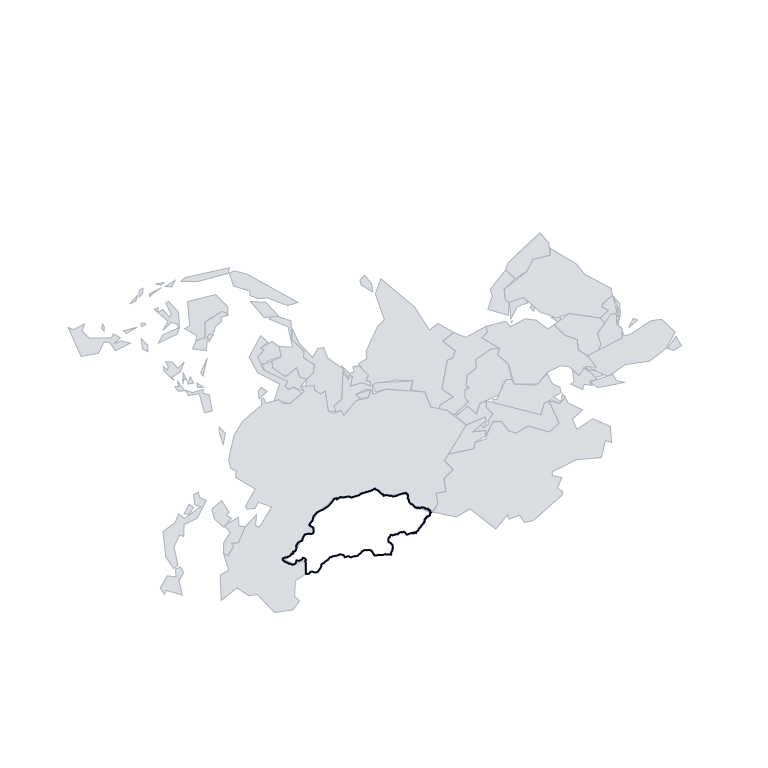 Asia, with Mongolia highlighted, rotated 156°
{"feature_id": "MNG", "entity_name": "Mongolia", "entity_type": "country or territory", "adm_level": 0, "iso_a3": "MNG", "parent_name": "Asia", "parent_adm1": "", "projection": "mercator", "projection_center": [102.872, 46.856], "detail": "fine", "context": "in_parent", "style": "outline", "palette": "ink", "viewbox_px": 768, "rotation_deg": 156, "n_neighbors": 45, "source": "natural_earth", "source_scale": "50m", "svg_char_len": 18769}
<svg xmlns="http://www.w3.org/2000/svg" viewBox="0 0 768 768"><g transform="rotate(156 384 384)"><path d="M391.4,247.2L383.7,252.7L380.8,263.1L371.3,260.8L367.8,273.3L355.8,277.5L360.1,289.2L357.2,294.6L328.1,288.4L324.6,293.6L313.5,292.3L301.3,305.4L292.0,302.2L289.1,290.4L283.3,285.5L269.4,287.0L252.5,273.0L240.1,277.0L240.3,301.3L231.2,294.8L223.6,298.3L223.6,291.7L213.1,279.6L226.2,275.2L226.2,264.2L207.3,267.3L194.6,253.2L199.8,237.9L204.8,242.3L215.3,228.4L239.1,236.6L266.2,235.3L267.4,231.7L259.6,226.3L267.9,218.3L264.4,212.8L266.6,210.0L303.3,198.5L312.0,200.3L313.5,208.9L324.7,209.7L324.3,214.2L341.0,206.0L356.1,234.8L372.2,233.2L391.4,247.2Z" fill="#d9dde1" stroke="#a8b0b8" stroke-width="1"/><path d="M240.3,301.3L240.1,277.0L252.5,273.0L269.4,287.0L283.3,285.5L289.1,290.4L292.0,302.2L299.5,305.5L312.5,295.2L309.9,300.0L322.5,304.2L316.4,308.7L310.7,308.3L311.0,303.6L304.6,305.0L300.8,312.6L296.8,312.3L300.1,321.1L297.4,327.2L253.1,292.0L245.7,301.2L240.3,301.3Z" fill="#d9dde1" stroke="#a8b0b8" stroke-width="1"/><path d="M649.5,532.5L649.6,564.0L645.3,560.0L633.2,560.6L638.2,555.3L634.7,545.9L614.2,537.0L610.9,539.8L606.1,533.5L614.3,530.6L607.3,530.6L599.0,524.5L615.7,523.7L617.8,533.3L622.8,536.2L632.3,528.2L649.5,532.5ZM572.3,562.9L569.8,569.0L565.1,569.5L567.6,564.9L572.3,562.9ZM616.8,553.2L616.3,549.6L618.2,546.2L619.3,549.9L616.8,553.2ZM538.2,500.0L535.5,504.4L543.6,515.6L537.9,516.2L529.9,539.3L501.4,534.1L495.3,518.0L498.7,510.3L502.8,516.2L518.6,514.1L522.5,513.1L528.5,499.2L538.2,500.0ZM586.4,536.3L598.8,534.9L600.5,538.5L586.4,536.3ZM581.5,538.2L578.2,537.3L577.2,535.3L582.1,535.0L581.5,538.2ZM586.6,509.5L590.2,514.5L587.4,524.3L584.0,515.1L586.6,509.5ZM552.7,513.7L573.6,513.1L566.1,518.8L549.3,518.8L548.6,522.5L552.9,526.7L564.5,522.9L555.7,529.1L563.6,545.7L559.2,545.4L561.5,541.5L555.6,542.0L553.1,532.6L549.9,534.1L550.5,546.6L547.4,547.3L542.5,533.4L547.6,519.2L552.7,513.7ZM552.1,568.2L543.4,566.2L547.9,565.2L552.1,568.2ZM548.0,562.5L558.1,560.8L562.4,559.0L561.7,561.7L548.0,562.5ZM538.3,559.0L544.2,562.0L532.7,563.6L538.3,559.0ZM481.3,548.4L512.9,553.5L527.7,560.4L522.3,562.2L478.0,553.0L481.3,548.4ZM468.7,523.4L481.6,534.7L480.2,548.2L474.8,548.3L464.6,540.3L429.5,493.6L440.1,494.7L455.3,509.9L464.2,513.2L470.6,519.5L468.7,523.4Z" fill="#d9dde1" stroke="#a8b0b8" stroke-width="1"/><path d="M572.9,565.4L577.0,560.7L583.7,560.5L572.9,565.4Z" fill="#d9dde1" stroke="#a8b0b8" stroke-width="1"/><path d="M143.4,350.0L139.3,358.1L139.1,371.3L135.9,361.7L139.9,351.1L143.4,350.0Z" fill="#d9dde1" stroke="#a8b0b8" stroke-width="1"/><path d="M147.2,344.6L140.0,351.1L146.4,342.4L147.2,344.6Z" fill="#d9dde1" stroke="#a8b0b8" stroke-width="1"/><path d="M142.1,355.1L139.1,361.0L140.3,354.3L142.1,355.1Z" fill="#d9dde1" stroke="#a8b0b8" stroke-width="1"/><path d="M142.1,355.1L157.7,349.4L159.6,356.4L149.1,360.1L153.9,365.7L144.6,373.0L139.1,371.3L142.1,355.1Z" fill="#d9dde1" stroke="#a8b0b8" stroke-width="1"/><path d="M219.2,399.7L230.9,400.3L241.7,391.9L235.7,408.8L221.2,406.2L219.2,399.7Z" fill="#d9dde1" stroke="#a8b0b8" stroke-width="1"/><path d="M215.5,397.0L215.2,393.1L217.8,389.7L219.3,394.5L215.5,397.0Z" fill="#d9dde1" stroke="#a8b0b8" stroke-width="1"/><path d="M198.6,368.2L204.0,376.5L195.1,373.5L198.6,368.2Z" fill="#d9dde1" stroke="#a8b0b8" stroke-width="1"/><path d="M159.6,356.4L157.7,349.4L168.3,343.4L169.7,331.9L176.9,325.8L186.4,327.1L192.7,336.0L189.5,346.0L198.8,354.6L204.7,368.9L186.1,373.1L159.6,356.4Z" fill="#d9dde1" stroke="#a8b0b8" stroke-width="1"/><path d="M236.7,407.7L242.4,396.1L258.8,409.8L249.3,420.5L248.6,427.1L226.6,438.7L221.2,426.8L235.7,421.7L238.9,411.4L236.7,407.7ZM242.8,388.7L240.8,390.0L242.2,388.2L242.8,388.7Z" fill="#d9dde1" stroke="#a8b0b8" stroke-width="1"/><path d="M464.6,460.9L466.6,450.8L481.3,452.5L483.4,449.1L488.8,454.2L488.2,460.1L480.1,463.9L482.3,466.9L469.0,468.5L464.6,460.9Z" fill="#d9dde1" stroke="#a8b0b8" stroke-width="1"/><path d="M477.3,450.6L466.6,450.8L464.6,460.9L452.6,454.9L448.4,475.3L462.5,490.0L457.7,492.5L443.3,479.6L450.2,462.3L443.5,446.3L446.9,441.1L439.6,429.6L443.8,423.2L452.7,419.6L458.3,424.5L457.3,434.4L467.6,430.3L474.9,434.8L479.1,444.1L477.3,450.6Z" fill="#d9dde1" stroke="#a8b0b8" stroke-width="1"/><path d="M487.7,450.9L477.3,450.6L479.1,444.1L471.2,430.7L457.3,434.4L458.3,424.5L452.7,419.6L460.9,415.7L460.1,409.7L467.6,417.8L473.5,417.8L475.4,422.3L470.9,425.5L487.4,442.4L487.7,450.9Z" fill="#d9dde1" stroke="#a8b0b8" stroke-width="1"/><path d="M452.7,419.6L443.8,423.2L439.6,429.6L446.9,441.1L443.5,446.3L450.2,462.3L445.2,471.9L445.0,456.3L438.5,437.3L429.9,443.4L424.2,441.8L424.9,430.8L415.1,414.1L428.7,387.2L438.4,384.5L439.3,378.1L445.8,382.2L440.7,401.5L445.7,400.6L449.9,406.5L448.5,410.8L457.7,412.2L452.7,419.6Z" fill="#d9dde1" stroke="#a8b0b8" stroke-width="1"/><path d="M473.0,469.2L482.3,466.9L480.1,463.9L488.2,460.1L488.6,445.9L470.9,425.5L475.4,422.3L473.5,417.8L467.6,417.8L462.6,409.0L477.8,404.4L490.9,413.7L479.4,426.5L494.9,445.6L496.4,463.4L477.0,478.4L473.0,469.2Z" fill="#d9dde1" stroke="#a8b0b8" stroke-width="1"/><path d="M599.6,294.3L595.1,304.1L584.7,311.2L587.9,319.8L571.1,321.4L574.3,313.5L568.9,310.1L572.9,306.0L581.5,298.1L587.9,300.3L587.2,296.9L596.5,290.5L599.6,294.3Z" fill="#d9dde1" stroke="#a8b0b8" stroke-width="1"/><path d="M578.1,323.5L588.6,318.3L593.9,329.4L592.2,339.5L579.6,343.6L577.8,329.7L581.4,328.7L578.1,323.5Z" fill="#d9dde1" stroke="#a8b0b8" stroke-width="1"/><path d="M439.3,378.1L438.4,384.5L428.7,387.2L416.9,411.2L414.4,402.9L412.3,406.3L409.6,403.6L415.5,395.8L403.7,394.2L397.1,387.9L395.5,391.6L398.9,394.4L394.8,398.3L397.8,399.7L398.7,413.0L389.5,414.0L387.2,420.9L366.5,439.2L357.5,442.5L355.3,469.8L344.1,481.5L324.8,442.0L320.5,414.7L310.1,417.2L299.1,402.6L312.9,399.1L305.5,385.3L310.8,379.6L316.4,380.0L333.1,355.8L325.9,344.0L340.9,342.0L345.5,337.1L350.7,343.9L349.9,360.0L361.3,367.5L356.4,375.2L371.8,383.0L394.7,388.1L398.0,379.1L398.5,384.4L402.8,386.5L413.8,385.8L412.2,380.8L433.5,371.6L434.1,377.3L439.3,378.1Z" fill="#d9dde1" stroke="#a8b0b8" stroke-width="1"/><path d="M414.4,402.9L415.5,418.3L410.9,407.4L406.5,407.2L405.4,412.3L399.4,411.1L394.8,398.3L398.9,394.4L395.5,391.6L397.1,387.9L403.7,394.2L415.5,395.8L409.6,403.6L412.3,406.3L414.4,402.9Z" fill="#d9dde1" stroke="#a8b0b8" stroke-width="1"/><path d="M412.2,380.8L413.8,385.8L398.5,384.4L404.1,377.9L412.2,380.8Z" fill="#d9dde1" stroke="#a8b0b8" stroke-width="1"/><path d="M395.0,380.2L394.7,388.1L390.7,388.2L356.4,375.2L363.3,366.2L384.0,378.4L395.0,380.2Z" fill="#d9dde1" stroke="#a8b0b8" stroke-width="1"/><path d="M345.5,337.1L340.9,342.0L325.9,344.0L333.1,355.8L316.4,380.0L310.8,379.6L305.5,385.3L312.9,399.1L299.1,402.6L290.4,393.4L266.9,395.2L268.7,389.0L275.7,386.3L263.9,369.5L272.0,372.3L290.3,369.1L293.1,361.2L304.5,357.9L316.7,331.0L332.7,327.3L337.6,334.7L345.5,337.1Z" fill="#d9dde1" stroke="#a8b0b8" stroke-width="1"/><path d="M282.6,327.4L304.0,327.2L311.7,319.0L316.7,329.7L323.5,325.1L332.7,327.3L313.9,333.6L315.6,339.1L312.1,345.9L307.5,345.7L309.4,349.5L304.5,357.9L293.1,361.2L290.3,369.1L272.0,372.3L263.9,369.5L268.3,364.4L262.3,351.7L265.5,336.1L274.1,337.6L282.6,327.4Z" fill="#d9dde1" stroke="#a8b0b8" stroke-width="1"/><path d="M297.4,327.2L300.1,321.1L296.8,312.3L311.0,303.6L312.7,308.1L305.3,312.6L325.5,313.2L331.8,325.5L316.7,329.7L311.7,319.0L304.0,327.2L297.4,327.2Z" fill="#d9dde1" stroke="#a8b0b8" stroke-width="1"/><path d="M312.5,295.2L324.6,293.6L328.1,288.4L357.2,294.6L325.5,313.2L305.3,312.6L305.7,309.0L322.5,304.2L309.9,300.0L312.5,295.2Z" fill="#d9dde1" stroke="#a8b0b8" stroke-width="1"/><path d="M223.6,298.3L231.2,294.8L237.8,301.6L245.7,301.2L253.1,292.0L291.2,322.2L291.1,325.9L287.4,324.1L270.4,338.4L265.5,336.1L265.1,331.1L246.9,321.8L230.5,326.9L230.3,316.2L224.6,309.4L225.6,304.1L234.4,303.6L229.5,296.1L225.1,302.4L223.6,298.3Z" fill="#d9dde1" stroke="#a8b0b8" stroke-width="1"/><path d="M204.7,368.9L198.8,354.6L189.5,346.0L192.7,336.0L183.8,322.2L183.3,313.2L193.0,317.5L202.3,312.3L207.8,324.6L215.7,328.9L230.0,328.3L243.5,321.3L265.1,331.1L262.3,351.7L268.3,364.4L263.9,369.5L275.7,386.3L268.7,389.0L266.9,395.2L247.2,391.7L245.1,385.1L228.4,386.0L218.9,380.3L212.2,367.7L204.7,368.9Z" fill="#d9dde1" stroke="#a8b0b8" stroke-width="1"/><path d="M142.9,353.3L147.2,344.6L143.8,337.6L147.8,329.2L174.8,326.7L169.7,331.9L168.3,343.4L148.3,355.5L142.9,353.3Z" fill="#d9dde1" stroke="#a8b0b8" stroke-width="1"/><path d="M194.8,317.3L181.1,308.0L180.7,302.7L190.2,304.5L194.8,317.3Z" fill="#d9dde1" stroke="#a8b0b8" stroke-width="1"/><path d="M186.4,327.1L147.8,329.2L145.0,335.1L145.0,330.2L138.1,329.3L113.9,333.2L104.0,330.1L96.9,313.0L111.7,301.9L132.3,296.8L155.5,303.6L176.1,299.6L186.6,311.4L183.3,313.2L186.4,327.1ZM96.7,298.0L105.7,296.8L110.5,301.4L97.8,308.7L96.7,298.0Z" fill="#d9dde1" stroke="#a8b0b8" stroke-width="1"/><path d="M364.6,483.7L363.8,488.7L357.6,491.2L354.5,480.4L356.7,472.5L364.6,483.7Z" fill="#d9dde1" stroke="#a8b0b8" stroke-width="1"/><path d="M497.8,430.9L493.7,424.9L504.1,421.3L501.9,428.4L497.8,430.9ZM325.5,313.2L360.1,289.2L355.8,277.5L367.8,273.3L371.3,260.8L380.8,263.1L383.7,252.7L393.2,246.6L408.7,263.9L408.6,275.0L429.6,282.1L434.6,292.2L456.2,292.6L476.1,299.5L496.7,293.5L509.1,285.4L506.8,280.7L509.3,276.3L517.0,278.3L536.0,265.4L546.8,265.3L539.1,255.5L526.7,255.0L532.4,242.2L545.0,240.3L552.0,226.3L549.3,220.1L559.2,214.7L577.0,219.8L585.3,243.1L593.6,245.5L601.3,257.5L620.7,252.5L611.4,276.0L601.5,277.2L599.6,294.3L596.5,290.5L587.2,296.9L587.9,300.3L581.5,298.1L568.9,310.1L553.5,316.5L558.8,307.0L556.3,303.7L536.5,317.5L547.0,327.1L552.4,322.8L559.8,325.3L560.5,328.5L544.3,340.5L557.6,359.0L554.5,364.8L558.5,369.5L556.5,378.3L541.9,398.1L528.6,407.3L504.1,414.5L502.4,420.0L499.8,420.3L499.6,414.5L486.1,412.4L484.5,407.3L477.8,404.4L460.1,409.7L460.9,415.7L448.5,410.8L449.9,406.5L445.7,400.6L440.7,401.5L445.8,382.2L442.1,377.7L434.1,377.3L433.5,371.6L416.1,380.1L404.1,377.9L398.4,383.3L398.0,379.1L384.0,378.4L349.9,360.0L350.7,343.9L337.6,334.7L325.5,313.2Z" fill="#d9dde1" stroke="#a8b0b8" stroke-width="1"/><path d="M555.6,394.1L554.1,407.3L552.0,411.6L548.9,403.3L555.6,394.1Z" fill="#d9dde1" stroke="#a8b0b8" stroke-width="1"/><path d="M194.3,297.8L201.1,302.3L204.8,298.1L213.5,308.0L209.5,308.5L206.2,320.1L202.3,312.3L194.8,317.3L190.5,310.3L187.4,301.7L194.8,302.9L194.3,297.8ZM193.0,317.5L189.7,316.7L186.6,311.4L191.1,312.9L193.0,317.5Z" fill="#d9dde1" stroke="#a8b0b8" stroke-width="1"/><path d="M163.3,287.5L189.8,293.6L195.4,302.1L171.0,299.9L170.5,292.7L163.3,287.5Z" fill="#d9dde1" stroke="#a8b0b8" stroke-width="1"/><path d="M554.5,460.8L550.0,454.6L555.8,456.5L554.5,460.8ZM562.8,476.4L562.6,467.3L564.5,470.3L568.0,465.6L562.8,476.4ZM574.5,472.8L579.9,485.3L578.2,489.7L576.5,484.8L574.2,487.2L574.4,493.1L568.7,490.3L565.8,482.1L557.6,485.3L565.2,478.0L574.7,476.5L574.5,472.8ZM546.9,468.9L534.8,479.6L546.1,464.9L546.9,468.9ZM559.7,430.7L556.7,450.3L567.4,453.0L568.0,459.1L562.5,454.1L551.4,452.6L553.2,449.3L548.0,444.9L551.9,429.3L559.7,430.7ZM558.0,469.4L557.5,462.3L563.4,463.8L558.0,469.4ZM574.9,461.0L576.2,466.5L572.5,465.2L571.5,470.9L568.9,459.0L574.9,461.0Z" fill="#d9dde1" stroke="#a8b0b8" stroke-width="1"/><path d="M452.6,488.8L466.4,493.3L472.5,513.7L458.9,506.7L452.6,488.8ZM538.2,500.0L528.5,499.2L522.5,513.1L502.8,516.2L499.5,513.5L498.7,510.3L505.9,511.1L506.9,507.0L514.7,505.0L520.5,498.2L526.0,499.2L532.7,486.6L544.5,493.9L538.2,500.0Z" fill="#d9dde1" stroke="#a8b0b8" stroke-width="1"/><path d="M526.5,493.7L526.0,499.2L522.7,500.7L520.5,498.2L526.5,493.7Z" fill="#d9dde1" stroke="#a8b0b8" stroke-width="1"/><path d="M653.7,314.8L645.9,339.2L631.3,342.3L624.4,348.9L621.0,342.3L601.3,346.5L606.1,350.7L602.9,360.4L597.5,360.6L598.7,355.5L593.7,349.9L609.1,337.4L623.8,336.9L628.9,326.2L632.1,329.1L641.9,320.7L646.1,302.1L651.2,300.9L653.7,314.8ZM666.8,284.0L670.2,281.1L671.3,288.6L660.0,296.9L652.4,292.5L649.8,299.6L644.4,299.7L643.8,293.2L651.3,287.8L654.1,273.2L666.8,284.0ZM607.9,348.9L615.3,343.7L619.5,346.9L611.0,353.3L607.9,348.9Z" fill="#d9dde1" stroke="#a8b0b8" stroke-width="1"/><path d="M221.2,426.8L226.6,438.7L222.0,444.0L180.2,458.7L176.0,445.9L179.8,434.0L197.2,437.2L207.4,428.8L221.2,426.8Z" fill="#d9dde1" stroke="#a8b0b8" stroke-width="1"/><path d="M139.2,372.1L151.5,368.5L153.9,365.7L149.1,360.1L159.6,356.4L186.1,373.1L199.4,374.0L212.3,386.6L221.2,406.2L236.7,407.7L238.9,411.4L235.7,421.7L207.4,428.8L197.2,437.2L179.8,434.0L176.9,440.2L159.3,415.1L156.2,402.6L137.7,379.2L139.2,372.1Z" fill="#d9dde1" stroke="#a8b0b8" stroke-width="1"/><path d="M137.4,336.0L129.7,342.5L126.2,339.4L137.4,336.0Z" fill="#d9dde1" stroke="#a8b0b8" stroke-width="1"/><path d="M393.5,247.5L394.1,247.5L395.0,246.9L395.1,246.5L395.1,245.9L395.4,245.4L396.3,245.2L396.6,245.3L397.5,245.2L398.0,245.5L398.4,245.4L398.6,245.2L398.6,244.8L398.8,244.8L399.1,245.2L399.3,245.3L399.8,245.0L400.1,244.8L400.2,244.3L400.4,244.1L400.7,244.2L401.2,244.2L401.5,243.9L402.4,243.4L402.5,243.2L402.3,242.7L402.4,242.1L402.8,241.7L403.5,241.7L404.0,241.4L404.1,240.8L404.3,240.6L405.1,240.5L406.6,239.7L407.2,239.7L407.7,239.0L408.1,238.9L409.0,238.2L410.5,237.8L410.9,237.8L411.0,237.4L411.4,237.1L411.7,237.0L412.3,236.3L412.7,236.1L414.6,236.0L415.0,235.5L415.1,234.9L415.4,234.8L415.7,235.3L416.5,235.9L416.7,236.1L417.0,236.2L417.4,235.5L417.8,235.4L418.2,235.5L418.5,236.4L419.0,236.8L419.8,236.7L421.5,236.9L423.7,237.0L424.5,237.1L424.7,237.5L425.0,239.1L425.0,239.7L425.2,240.0L425.5,240.1L426.0,240.7L426.3,241.2L426.8,241.0L427.8,241.0L428.2,241.3L428.3,241.6L428.7,241.8L430.0,241.8L430.2,242.0L430.6,242.0L430.9,241.7L431.5,241.6L431.9,241.2L432.2,241.2L432.6,241.6L432.9,241.5L433.0,241.3L434.0,241.7L434.4,242.1L434.8,242.1L435.4,241.9L435.5,242.1L435.8,242.2L436.4,242.0L437.7,242.2L438.2,242.8L438.4,243.1L438.7,243.3L439.5,243.3L440.3,242.5L440.6,242.0L441.2,241.7L441.9,241.7L442.3,241.4L442.6,241.2L443.1,240.7L443.8,239.1L444.0,237.7L443.9,237.3L443.6,237.1L443.3,237.0L442.7,236.5L442.4,235.5L442.3,234.9L441.7,233.9L441.8,233.4L442.1,232.5L442.2,231.6L442.3,231.1L442.5,230.9L442.7,230.3L443.1,230.0L443.4,230.0L443.6,229.9L443.7,229.3L444.0,228.6L444.3,228.2L445.6,227.6L446.2,226.8L446.4,226.4L446.6,225.5L446.9,225.1L447.2,225.2L447.5,225.8L447.8,225.8L449.3,226.6L450.8,227.0L451.8,227.9L452.3,228.1L454.4,228.2L458.1,229.8L458.8,230.3L459.2,230.1L459.7,230.2L462.3,231.1L462.6,231.4L462.6,231.8L462.5,232.1L462.5,232.9L462.7,233.4L462.9,234.5L462.8,235.1L462.9,235.4L463.1,235.5L463.3,235.9L463.2,236.5L463.2,236.9L463.4,237.2L464.1,237.4L464.4,237.9L465.1,238.4L465.9,238.8L467.4,239.1L467.7,239.3L468.1,239.8L468.6,239.9L469.7,240.3L470.5,240.0L471.8,240.2L472.3,240.1L473.1,239.3L473.7,239.0L474.3,238.9L474.7,238.8L476.1,238.5L476.7,238.4L477.5,237.9L478.1,237.8L479.6,238.2L480.4,238.3L481.4,238.8L482.1,239.0L483.8,238.9L484.5,239.0L485.6,239.9L486.1,240.7L487.0,241.4L488.9,241.5L490.3,241.7L490.4,241.9L490.4,242.5L490.4,243.6L490.5,243.9L490.7,244.0L490.8,244.4L491.7,244.9L492.6,245.8L493.2,246.2L493.6,246.4L494.2,246.3L496.6,246.3L497.7,246.6L498.0,246.8L501.3,247.5L501.8,247.2L502.4,247.1L503.3,247.7L503.7,247.7L504.3,247.5L506.7,246.1L507.2,246.2L508.6,245.8L510.3,245.6L511.7,244.9L512.3,244.8L513.3,245.0L513.8,244.9L515.0,244.2L515.5,242.8L517.5,241.3L519.0,240.6L519.9,239.8L521.0,239.3L521.4,239.4L523.1,239.6L524.4,240.3L524.8,240.9L525.7,241.7L526.4,242.1L527.8,242.2L529.8,241.2L530.2,241.3L530.9,241.5L531.8,241.9L532.2,242.2L532.5,242.6L529.3,249.9L529.3,250.3L528.9,251.0L528.3,251.8L528.2,252.7L528.2,253.5L528.1,254.2L526.9,255.1L527.0,256.4L527.3,256.9L527.8,257.4L528.7,258.2L529.1,258.1L529.5,257.5L530.3,257.0L531.6,257.2L532.3,257.0L532.8,256.9L533.5,257.1L534.3,257.4L534.9,257.9L535.4,258.4L535.7,258.5L536.2,257.9L536.6,257.4L537.7,256.1L538.7,256.0L539.0,255.9L539.5,255.8L539.9,256.0L541.2,256.1L541.5,256.4L542.4,257.7L543.7,258.3L544.0,258.5L544.2,259.2L544.4,259.4L545.0,259.8L545.2,260.2L546.1,261.3L547.0,262.1L547.2,262.5L547.3,262.9L547.4,263.3L547.9,264.1L547.9,264.6L547.9,265.0L547.8,265.4L547.0,265.9L546.6,265.9L545.9,265.7L545.2,265.8L544.4,265.7L543.7,265.3L543.4,265.0L542.8,264.8L542.6,264.9L542.3,265.3L541.9,265.2L541.6,265.3L540.3,265.1L539.1,265.5L538.4,265.8L537.9,266.4L537.5,266.5L537.2,266.5L536.6,266.0L536.1,266.0L535.9,266.1L535.7,267.1L535.7,267.4L535.6,267.6L535.3,267.7L533.9,267.6L533.3,267.4L533.0,267.5L532.5,267.9L532.1,267.9L531.9,268.1L531.7,268.7L530.9,269.4L530.2,270.9L530.3,271.5L530.1,271.9L529.7,272.3L529.4,272.3L528.8,272.7L527.6,273.8L525.1,274.3L524.0,274.4L523.1,274.1L522.6,274.2L522.2,274.3L522.0,274.5L521.9,275.1L521.6,275.6L520.3,276.6L519.9,277.2L519.7,277.4L518.9,277.7L517.9,278.6L517.6,278.7L516.2,278.4L515.0,278.3L513.3,277.8L512.8,277.5L512.3,276.9L511.9,276.6L510.5,276.5L510.1,276.4L509.4,276.5L508.7,277.2L508.1,278.2L507.7,279.2L507.5,280.3L507.1,280.9L507.0,281.3L507.2,281.6L507.4,281.9L507.6,282.4L508.0,283.0L509.1,284.2L509.6,285.0L509.6,285.4L509.6,285.7L509.3,285.9L508.8,286.0L507.7,287.1L505.1,288.1L502.5,291.4L502.2,291.8L498.8,293.3L497.6,293.9L497.1,294.0L496.1,294.0L494.0,294.2L491.5,294.0L484.8,295.0L480.4,296.9L477.7,298.4L477.2,298.6L476.5,299.4L476.2,299.5L475.6,299.2L473.8,299.1L473.8,297.7L470.0,298.5L467.0,296.8L462.6,295.9L461.7,295.5L461.2,295.0L460.4,293.9L460.2,293.6L459.4,293.4L457.4,293.3L452.1,292.5L449.6,293.2L438.7,291.7L434.8,292.2L434.6,292.0L434.6,291.3L434.4,290.8L433.7,290.3L433.3,289.7L432.5,289.0L432.3,288.5L432.2,287.8L431.0,284.7L430.7,284.0L430.4,283.8L429.8,283.7L429.7,283.5L429.7,283.0L429.9,282.0L429.8,281.9L428.4,282.0L426.7,281.4L425.7,280.6L425.1,280.2L424.3,279.4L423.1,279.2L422.7,278.9L422.1,278.1L421.7,277.7L421.0,277.4L419.9,277.1L417.5,276.7L416.5,276.9L415.7,276.9L414.5,276.7L413.8,276.5L411.7,276.5L411.0,276.1L410.4,276.2L409.9,276.0L409.5,275.7L409.1,275.5L408.7,275.5L408.3,275.6L408.2,275.2L407.7,274.4L407.7,274.1L407.2,273.4L407.5,272.0L407.9,271.1L408.2,270.9L408.9,269.9L408.9,269.4L408.6,268.9L408.4,268.2L408.5,267.9L408.7,267.4L409.0,266.4L409.0,266.2L408.9,266.0L408.8,264.9L408.2,263.4L407.5,263.1L406.5,261.1L406.4,260.8L406.3,260.2L406.1,259.5L405.7,258.9L405.7,258.5L405.6,258.3L405.0,258.1L404.6,257.8L404.4,257.4L404.3,257.1L404.2,256.9L403.9,256.8L403.6,257.1L403.3,257.3L403.0,257.2L402.3,256.7L402.0,256.0L401.6,255.8L400.8,255.8L400.2,256.1L399.5,256.0L398.9,255.4L398.5,255.3L397.2,254.4L397.2,253.7L396.9,253.2L396.4,253.1L395.9,252.6L394.3,252.0L394.3,251.8L394.3,251.6L394.7,251.1L394.7,250.9L394.6,250.7L393.6,250.3L393.5,249.9L393.2,249.6L393.3,249.3L393.8,249.0L393.8,248.7L393.6,248.5L393.6,248.1L393.6,247.9L393.5,247.5Z" fill="none" stroke="#020617" stroke-width="2"/></g></svg>